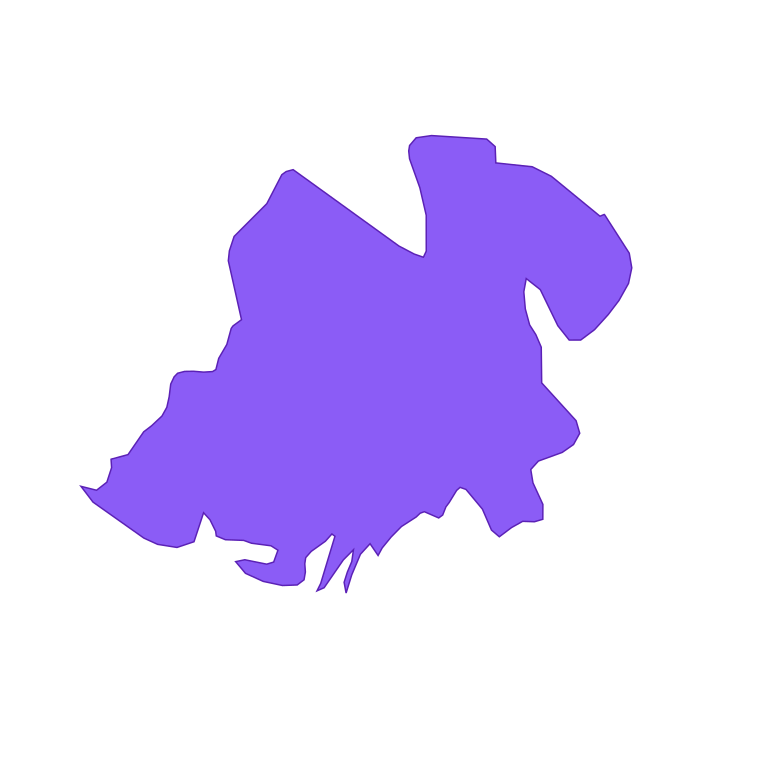 the border of Vestfold, rotated 36°
{"feature_id": "NOR-923", "entity_name": "Vestfold", "entity_type": "County", "adm_level": 1, "iso_a3": "NOR", "parent_name": "Norway", "parent_adm1": "", "projection": "natural_earth1", "projection_center": [10.149, 59.326], "detail": "fine", "context": "isolated", "style": "filled", "palette": "violet", "viewbox_px": 768, "rotation_deg": 36, "n_neighbors": 0, "source": "natural_earth", "source_scale": "10m", "svg_char_len": 1886}
<svg xmlns="http://www.w3.org/2000/svg" viewBox="0 0 768 768"><g transform="rotate(36 384 384)"><path d="M462.5,117.4L463.3,117.5L470.4,120.3L505.5,134.0L516.2,144.4L522.7,158.9L525.0,178.3L524.6,196.1L522.4,216.3L517.3,232.8L508.0,239.6L490.4,234.7L455.0,215.8L437.1,215.1L442.9,227.2L454.2,240.2L467.1,250.6L477.8,254.8L489.6,261.8L510.9,290.4L561.0,300.8L571.3,308.8L572.9,321.5L568.4,334.6L554.2,355.6L553.0,366.9L562.6,376.4L583.3,388.0L592.0,400.1L586.7,407.0L576.9,413.6L571.6,425.1L567.1,439.8L556.8,439.0L537.2,427.4L512.3,421.1L506.3,422.9L505.3,427.4L506.4,441.7L506.3,447.0L508.5,455.5L507.0,460.2L491.7,463.6L489.2,467.3L488.2,472.7L481.9,489.0L479.7,503.6L478.9,517.7L480.0,526.2L466.6,521.4L465.0,535.6L470.1,557.4L476.2,575.4L468.3,567.9L464.9,557.7L462.3,546.6L456.7,536.0L454.5,550.2L455.3,584.0L451.4,590.7L450.0,582.5L433.8,536.0L430.0,536.0L429.0,545.7L423.5,562.2L422.7,570.5L425.6,576.0L430.9,582.3L434.4,589.4L431.9,597.6L420.3,606.7L402.3,614.7L383.2,618.6L368.4,614.9L374.7,608.0L395.0,598.7L399.4,592.9L395.9,580.8L387.7,581.3L370.4,590.7L362.4,593.0L347.2,603.2L337.6,605.5L334.4,602.1L323.0,596.1L313.7,594.2L323.0,623.3L312.6,637.9L295.1,646.8L280.3,649.8L218.0,650.6L199.0,644.9L213.9,638.9L217.5,626.3L212.8,611.8L207.4,605.3L207.5,605.1L218.4,591.6L217.7,563.9L220.5,554.5L223.2,540.4L222.0,530.5L217.7,520.6L211.5,509.4L210.0,501.5L210.7,496.6L215.3,491.0L222.5,485.6L231.1,480.4L238.0,474.7L239.5,471.1L235.2,460.4L233.6,444.4L227.7,428.8L227.7,425.8L230.9,415.7L185.6,375.8L180.6,367.1L176.0,352.7L183.2,307.0L178.3,274.7L180.0,269.6L184.5,264.0L315.0,263.6L332.1,261.1L341.3,258.3L341.3,257.5L341.1,257.0L340.1,251.7L319.0,222.7L297.7,204.2L272.3,186.8L267.0,180.9L264.5,176.0L265.3,165.9L276.4,155.1L323.1,125.5L334.4,126.6L344.5,139.4L376.3,121.1L397.3,117.6L460.1,121.3L462.5,117.4Z" fill="#8b5cf6" stroke="#5b21b6" stroke-width="1.5"/></g></svg>